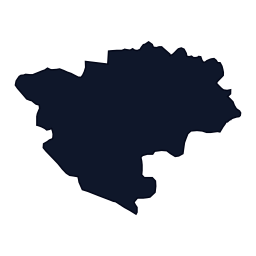 Al-Hawiga, At-Ta'mim, Iraq
{"feature_id": "34846034B30595990417134", "entity_name": "Al-Hawiga", "entity_type": "district", "adm_level": 2, "iso_a3": "IRQ", "parent_name": "Iraq", "parent_adm1": "At-Ta'mim", "projection": "natural_earth1", "projection_center": [43.785, 35.263], "detail": "fine", "context": "isolated", "style": "filled", "palette": "ink", "viewbox_px": 256, "rotation_deg": 0, "n_neighbors": 0, "source": "geoboundaries", "source_scale": "gbopen_adm2", "svg_char_len": 2554}
<svg xmlns="http://www.w3.org/2000/svg" viewBox="0 0 256 256"><path d="M212.7,58.8L211.2,59.0L209.5,59.6L206.8,60.8L205.4,62.0L203.5,62.4L201.9,60.3L200.7,56.8L198.6,56.5L197.6,57.4L195.4,57.7L193.4,57.7L191.5,56.2L189.0,56.8L186.7,56.2L186.2,53.3L184.0,49.2L181.3,48.0L178.4,48.9L177.0,50.2L174.6,52.7L172.5,54.6L170.2,55.6L169.9,54.2L162.6,47.8L161.7,46.9L159.0,46.9L156.5,47.7L153.3,47.3L152.2,44.5L148.6,41.9L147.0,43.0L145.1,44.3L143.4,44.7L141.3,47.4L140.1,49.5L137.2,50.6L134.6,50.2L132.6,48.8L131.0,49.8L129.9,50.2L127.0,49.8L124.6,49.3L124.4,49.5L121.8,50.5L116.6,50.5L112.1,50.8L108.6,51.1L107.8,64.2L85.5,61.5L85.7,67.4L84.4,71.7L82.9,74.9L81.2,77.3L78.4,77.3L75.6,75.9L71.0,73.5L67.2,72.2L63.7,70.6L59.6,69.0L56.8,69.5L52.7,69.8L51.2,69.8L50.1,69.5L47.5,68.2L44.8,70.1L41.6,71.2L38.0,72.7L34.9,73.9L32.8,74.8L29.7,74.8L25.6,74.4L23.5,75.2L20.9,75.4L19.2,76.5L17.4,79.1L16.2,81.0L15.4,85.1L17.6,88.3L23.5,95.1L26.7,98.9L30.0,100.2L31.9,100.7L33.9,102.4L34.9,103.2L36.1,104.1L38.3,104.7L39.2,104.9L39.7,108.4L38.5,111.1L37.4,113.9L36.9,116.5L36.9,119.0L36.9,122.0L36.9,124.5L36.8,125.1L39.1,125.8L41.5,126.7L44.9,128.4L46.7,129.9L49.5,129.3L51.4,128.4L51.8,128.9L52.6,131.2L53.2,134.2L53.1,135.6L53.0,137.0L52.8,138.1L52.3,138.9L49.5,140.0L47.3,141.7L43.6,143.8L43.5,145.1L43.3,147.7L45.9,150.9L53.7,159.0L58.0,163.5L62.5,169.1L66.3,173.1L69.7,175.3L71.9,175.6L78.0,176.6L78.2,177.3L78.7,179.6L79.1,182.1L80.1,184.4L82.4,189.6L87.9,191.3L92.7,193.2L98.8,195.6L110.6,200.1L113.3,201.2L115.6,201.6L124.6,207.4L129.9,210.3L134.4,213.1L136.0,214.1L137.0,212.2L137.0,207.4L135.1,204.6L133.9,202.2L137.4,198.0L143.1,198.0L147.3,197.5L150.0,197.0L155.0,192.3L155.7,186.2L155.4,181.0L152.3,177.7L148.1,177.7L144.3,177.7L141.6,174.8L142.0,170.6L142.0,164.9L141.6,161.1L140.8,157.4L142.4,155.5L147.3,154.1L152.7,154.1L154.6,151.2L161.5,150.3L166.8,150.7L170.6,153.6L175.2,156.4L178.7,155.9L182.9,153.6L183.6,148.4L184.4,142.7L185.9,138.5L187.8,133.7L190.9,130.9L197.0,130.4L202.3,130.9L206.5,132.3L210.7,132.3L217.6,131.4L219.9,131.9L220.2,131.4L222.0,128.4L223.0,126.7L224.1,125.2L225.3,123.5L225.8,122.2L227.5,121.8L229.1,120.3L230.1,119.6L230.8,119.6L231.3,118.8L232.8,118.1L236.6,116.9L239.0,116.6L240.2,115.5L240.6,112.9L239.5,111.0L236.3,108.8L234.3,105.5L232.9,101.8L230.2,99.0L227.6,96.5L230.5,93.8L230.6,89.8L227.1,90.5L223.5,90.0L221.5,88.5L218.5,85.5L216.3,83.1L217.6,81.2L221.8,76.9L223.2,75.4L223.3,72.4L222.7,69.3L221.9,66.2L220.1,62.8L217.6,62.7L216.0,60.2L214.0,58.6L212.7,58.8Z" fill="#0f172a" stroke="#020617" stroke-width="1.5"/></svg>